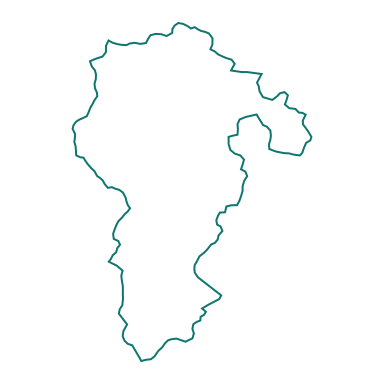 Ibirataia, Bahia, Brazil
{"feature_id": "56859067B75251017379914", "entity_name": "Ibirataia", "entity_type": "district", "adm_level": 2, "iso_a3": "BRA", "parent_name": "Brazil", "parent_adm1": "Bahia", "projection": "orthographic", "projection_center": [-39.619, -13.995], "detail": "fine", "context": "isolated", "style": "outline", "palette": "teal", "viewbox_px": 384, "rotation_deg": 0, "n_neighbors": 0, "source": "geoboundaries", "source_scale": "gbopen_adm2", "svg_char_len": 2823}
<svg xmlns="http://www.w3.org/2000/svg" viewBox="0 0 384 384"><path d="M91.9,66.6L94.9,70.3L96.0,74.4L95.8,79.2L94.5,83.7L95.0,88.3L96.9,92.5L97.3,96.2L94.5,100.2L92.6,103.9L90.4,107.7L88.9,111.6L86.8,116.2L83.1,118.0L79.0,119.8L75.9,121.9L73.5,125.3L72.6,128.8L75.1,134.0L74.9,138.0L74.3,141.9L75.6,146.3L76.0,151.2L76.2,155.4L80.0,157.2L83.5,157.7L85.5,161.0L87.6,164.0L91.3,168.2L94.5,171.2L97.1,176.0L100.2,178.1L102.8,180.5L104.7,184.1L107.8,187.8L111.9,187.2L115.3,188.7L119.3,189.9L123.0,192.6L125.6,197.6L126.6,201.8L127.9,205.3L130.1,208.2L127.5,211.7L124.5,214.4L121.9,217.7L118.5,221.1L116.6,224.6L114.6,229.5L113.1,233.9L113.8,238.9L118.3,241.0L120.0,244.7L117.2,248.3L116.2,252.2L112.7,255.3L111.0,258.8L108.8,261.7L116.8,265.7L122.6,270.6L121.3,275.8L121.9,280.6L122.8,286.0L122.9,291.2L122.8,295.2L123.0,298.9L122.3,305.3L119.7,309.3L118.9,313.7L127.1,324.4L123.4,331.1L122.7,336.2L124.5,340.7L127.7,343.8L132.2,345.3L139.5,357.7L141.3,361.0L146.0,359.8L150.9,359.2L154.6,356.3L158.1,351.1L162.4,347.1L164.9,343.4L168.1,340.3L171.5,339.2L176.4,338.6L185.6,341.7L188.8,340.1L192.4,338.4L193.9,333.4L192.4,328.9L193.3,324.3L196.5,322.0L200.3,320.5L200.6,316.8L204.0,314.9L205.9,311.8L202.1,308.5L208.4,304.7L219.3,299.0L221.2,295.4L197.8,277.2L194.8,272.6L194.3,269.0L194.7,265.1L197.1,260.9L199.5,256.3L204.0,252.8L207.4,249.3L211.1,244.5L214.9,242.9L217.7,239.5L218.6,235.4L222.4,231.0L220.5,226.4L217.1,224.6L216.3,220.2L218.1,215.6L219.9,212.6L225.0,212.3L226.4,206.5L231.5,205.2L237.1,205.2L239.7,200.1L241.3,195.3L242.6,190.8L242.6,186.4L244.2,180.8L247.2,176.2L245.4,171.6L241.0,169.3L242.6,164.7L244.0,159.6L240.3,155.4L234.8,153.6L230.4,150.0L228.6,144.0L228.6,136.9L232.3,135.8L237.5,134.7L237.9,129.0L237.5,124.2L239.6,119.5L245.6,117.0L256.6,114.5L259.8,119.8L263.1,125.1L266.9,126.7L270.4,130.7L270.9,135.9L270.2,140.5L269.0,144.0L269.3,149.0L275.5,151.4L279.8,152.3L284.1,153.1L289.3,153.4L292.7,154.4L296.3,155.0L300.0,155.4L302.3,152.7L304.0,147.7L306.2,142.8L310.3,140.4L311.4,136.9L308.6,132.1L305.6,127.8L303.0,124.4L302.8,120.5L305.7,114.7L302.3,112.8L298.9,112.6L295.4,108.9L289.3,108.2L284.9,104.5L286.2,101.0L287.9,95.3L284.5,92.1L279.9,93.3L277.2,96.2L272.3,99.9L262.9,97.1L259.6,91.4L258.7,86.2L257.0,82.6L259.0,78.9L261.6,74.0L247.4,72.1L241.3,72.0L231.1,70.5L232.7,67.3L234.7,63.8L231.6,59.7L226.1,58.0L222.2,56.3L218.1,54.4L214.7,51.4L210.4,49.3L212.4,44.5L212.5,38.3L209.0,33.5L205.0,31.8L201.2,31.0L198.0,29.4L194.7,27.2L190.9,28.5L187.4,26.0L183.1,23.9L178.3,23.0L174.6,25.6L172.4,29.1L172.2,32.9L166.6,36.0L161.1,34.2L155.7,33.9L150.5,35.2L148.1,38.9L146.0,43.0L140.4,43.9L134.7,42.8L129.7,43.5L126.5,45.1L122.2,44.9L117.7,44.2L112.5,42.7L108.5,40.5L106.0,45.9L105.9,52.2L102.5,56.6L98.6,57.8L94.3,59.3L90.0,61.3L91.9,66.6Z" fill="none" stroke="#0f766e" stroke-width="2"/></svg>